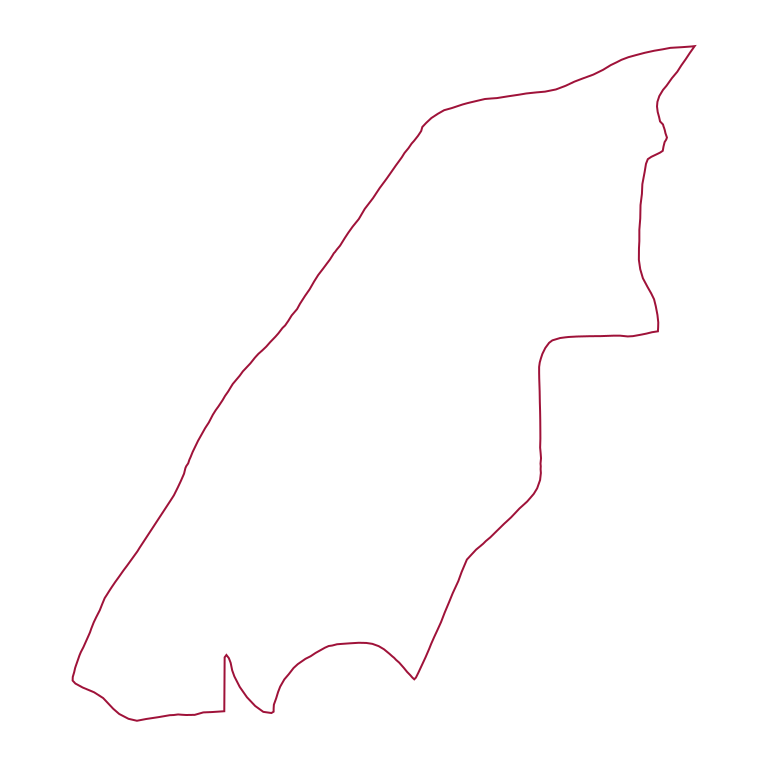 Kien Svay, Kândal, Cambodia (Albers equal-area conic projection), rotated 269°
{"feature_id": "14789045B56719191672618", "entity_name": "Kien Svay", "entity_type": "district", "adm_level": 2, "iso_a3": "KHM", "parent_name": "Cambodia", "parent_adm1": "Kândal", "projection": "albers", "projection_center": [105.145, 11.423], "detail": "fine", "context": "isolated", "style": "outline", "palette": "rose", "viewbox_px": 768, "rotation_deg": 269, "n_neighbors": 0, "source": "geoboundaries", "source_scale": "gbopen_adm2", "svg_char_len": 3884}
<svg xmlns="http://www.w3.org/2000/svg" viewBox="0 0 768 768"><g transform="rotate(269 384 384)"><path d="M716.4,700.5L716.1,697.3L715.6,688.2L715.1,676.2L713.8,668.7L712.5,660.0L710.6,650.5L708.5,641.9L706.5,634.1L704.0,627.1L701.6,622.2L698.9,616.3L694.3,608.5L689.7,598.7L685.9,587.7L683.0,579.7L679.0,570.8L675.5,561.0L673.5,550.1L672.9,541.5L672.0,531.3L670.9,524.0L669.5,513.2L667.9,501.9L667.6,496.1L667.2,489.9L665.8,483.4L663.9,474.7L663.2,471.7L662.1,467.4L658.7,456.6L656.7,448.9L653.2,442.5L649.1,436.0L644.3,430.7L640.3,426.8L636.3,425.6L634.1,424.1L631.5,422.3L626.6,418.3L623.9,415.8L619.4,412.6L614.6,408.5L610.4,405.8L606.8,403.1L602.2,399.6L596.1,395.2L589.1,390.1L580.0,383.1L570.1,376.3L559.4,367.8L549.4,361.7L541.9,355.4L536.1,351.1L530.4,347.2L523.1,342.5L519.3,339.2L516.8,337.3L515.6,336.1L513.8,335.0L509.4,332.1L505.3,328.9L500.5,325.2L494.1,320.1L487.7,315.9L480.0,311.3L473.5,306.6L465.7,301.4L460.4,298.4L454.2,292.9L448.6,289.3L447.1,288.2L444.3,286.2L441.8,283.5L440.3,282.3L436.5,279.3L433.2,276.3L430.5,273.6L427.8,270.9L423.4,266.9L420.0,263.2L416.3,258.9L412.6,255.4L407.0,250.8L403.2,247.1L399.1,243.1L394.7,239.8L390.7,236.3L388.4,234.3L386.7,232.8L383.6,230.8L379.3,228.1L374.9,224.9L370.6,222.3L364.5,218.1L360.8,215.3L356.2,212.3L348.6,208.2L343.0,204.4L336.3,200.5L330.5,197.1L319.4,191.5L314.0,189.2L311.7,188.1L309.4,187.3L308.0,186.8L305.4,184.9L303.5,184.0L297.8,182.5L290.6,179.2L284.1,176.0L276.4,172.0L271.0,168.4L224.7,136.9L221.1,134.6L207.2,124.2L202.2,120.3L196.3,116.0L190.7,111.8L185.6,108.2L181.9,105.7L177.9,103.1L174.8,101.0L168.6,98.3L162.8,95.9L155.9,92.2L150.7,89.6L144.4,87.0L140.8,85.7L136.9,83.9L126.0,78.8L121.2,76.2L118.0,74.8L107.4,70.9L105.4,70.2L101.3,69.2L96.5,67.7L92.9,67.5L89.9,70.2L85.8,77.4L80.8,88.8L74.9,97.7L64.0,107.6L58.7,113.5L53.7,122.7L51.6,131.1L53.2,140.3L54.8,152.4L55.7,158.3L56.6,164.1L56.7,168.0L57.2,172.4L56.9,175.3L56.5,180.3L56.5,189.0L58.8,197.6L59.0,206.2L59.6,218.6L113.5,219.9L115.8,221.7L112.6,224.1L107.9,225.8L100.4,227.2L94.2,229.3L83.6,234.5L73.2,241.5L64.3,249.6L58.3,257.6L57.0,265.7L58.3,267.9L61.5,268.0L65.3,268.3L71.6,270.7L77.8,272.7L83.2,274.9L90.4,279.2L95.6,283.8L101.6,288.6L105.4,292.9L110.6,300.7L113.1,305.9L116.3,310.9L119.3,316.5L121.4,320.4L123.0,324.2L123.4,327.6L124.6,332.5L124.9,337.6L125.3,345.0L125.7,354.3L125.4,361.8L124.4,367.8L122.0,374.1L118.8,379.3L114.2,384.7L111.6,387.5L110.1,389.3L107.9,391.3L105.2,394.3L99.9,398.8L95.7,402.1L92.3,405.3L90.0,407.2L88.2,409.1L89.9,410.8L94.7,413.3L102.1,416.9L110.1,420.8L118.3,424.5L123.3,426.6L130.0,429.7L136.8,433.0L145.0,436.9L154.4,440.7L164.6,445.2L173.5,449.0L185.7,454.9L194.6,458.3L207.0,463.8L211.3,467.9L216.8,473.2L222.5,480.3L225.2,483.1L228.9,487.7L235.0,494.1L242.0,501.5L248.5,508.8L257.2,517.3L264.0,525.1L271.5,531.8L277.0,535.3L285.3,538.4L292.3,539.3L296.0,539.1L299.1,539.3L301.7,539.1L307.0,539.7L312.3,539.4L317.7,539.0L326.6,539.4L334.3,539.5L345.7,539.6L353.6,539.6L363.1,539.5L373.9,539.5L386.8,539.3L392.5,539.3L398.3,539.4L402.8,540.1L406.8,541.3L411.4,542.9L417.2,545.9L422.3,549.8L424.7,553.1L426.9,560.9L427.5,566.2L427.8,569.6L428.1,577.8L428.2,590.3L428.1,601.9L428.3,613.6L428.2,620.9L427.3,628.5L427.5,633.7L428.8,641.7L429.8,647.2L431.1,652.9L431.9,658.8L436.0,659.1L440.8,659.3L448.3,658.6L457.0,657.1L464.0,655.5L469.8,652.8L476.6,649.1L485.2,644.7L494.3,642.2L503.7,641.0L515.3,641.3L522.4,641.8L533.7,642.0L545.1,643.1L558.4,643.6L569.6,645.2L579.3,645.8L591.4,648.3L599.6,649.8L604.2,651.7L606.5,655.3L609.0,660.8L610.6,664.2L612.3,666.8L616.5,667.6L621.0,668.8L623.4,670.4L625.5,671.2L629.8,669.8L632.8,669.2L635.2,668.5L636.6,668.0L638.6,667.5L641.7,664.6L646.1,663.7L651.2,662.4L656.7,661.8L661.4,662.3L667.1,664.3L673.2,668.1L677.3,671.7L684.9,677.3L691.1,682.7L697.3,686.8L703.3,691.2L709.7,695.6L716.4,700.5Z" fill="none" stroke="#9f1239" stroke-width="2"/></g></svg>